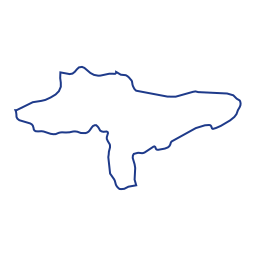 an SVG outline of Varaždinska
{"feature_id": "HRV-1610", "entity_name": "Varaždinska", "entity_type": "County", "adm_level": 1, "iso_a3": "HRV", "parent_name": "Croatia", "parent_adm1": "", "projection": "natural_earth1", "projection_center": [16.282, 46.204], "detail": "fine", "context": "isolated", "style": "outline", "palette": "blue", "viewbox_px": 256, "rotation_deg": 0, "n_neighbors": 0, "source": "natural_earth", "source_scale": "10m", "svg_char_len": 2005}
<svg xmlns="http://www.w3.org/2000/svg" viewBox="0 0 256 256"><path d="M68.1,73.8L69.5,74.1L72.5,73.6L74.8,71.8L76.8,69.4L78.9,67.4L82.0,66.9L84.4,67.9L90.4,73.0L94.0,74.9L98.3,75.7L100.4,75.6L109.4,73.7L115.1,73.8L116.3,72.8L116.2,72.0L116.6,72.2L120.8,74.7L125.8,75.2L127.5,76.2L128.9,77.4L131.6,80.6L132.0,81.5L132.1,82.2L132.3,83.3L132.5,84.7L133.0,86.2L134.3,88.8L135.3,89.9L136.0,90.6L136.7,90.8L167.5,96.6L175.6,96.7L193.1,91.8L195.5,91.4L198.2,92.1L227.1,93.5L233.3,95.3L236.7,98.7L239.1,100.1L239.7,100.5L240.1,101.2L240.4,102.3L240.6,103.6L240.4,105.3L239.7,107.1L237.9,110.2L236.5,114.1L234.3,117.0L230.1,120.4L220.8,125.9L216.0,128.0L212.9,128.9L212.0,128.4L211.2,126.2L210.4,125.3L209.1,125.0L204.9,125.3L195.8,128.1L171.7,141.4L170.9,142.4L170.2,144.7L169.3,146.2L167.9,147.4L164.8,148.6L158.2,149.8L157.0,149.7L156.3,149.3L155.8,148.6L155.3,147.1L154.9,146.7L154.3,146.4L153.4,146.7L144.6,152.5L143.3,153.0L142.1,153.2L138.5,152.8L137.6,152.9L133.8,153.9L132.9,155.5L132.7,157.9L134.6,164.3L135.2,168.0L134.6,179.6L136.2,185.3L128.4,186.7L124.3,188.8L121.4,189.1L119.7,189.0L119.0,188.6L117.5,187.2L116.6,186.0L115.9,184.7L114.8,180.7L114.1,179.3L110.1,173.6L108.3,157.1L108.7,154.5L108.9,151.7L110.0,147.4L110.0,145.7L109.8,144.5L109.6,144.1L107.9,141.3L106.8,138.9L106.8,137.1L108.0,133.1L107.6,132.0L106.6,131.5L103.5,131.8L101.6,131.4L100.1,130.5L98.8,128.1L97.8,126.7L96.2,125.2L94.8,125.2L93.0,126.0L91.8,127.4L89.7,130.4L88.5,131.7L87.0,132.6L85.5,133.1L80.9,133.0L77.3,131.7L75.0,131.4L73.1,131.5L69.5,132.3L65.6,132.5L62.0,132.3L60.2,132.5L58.6,132.9L55.7,134.1L53.4,134.2L50.6,133.8L43.6,131.5L41.5,131.2L38.0,131.4L35.6,131.2L34.5,130.5L33.8,129.5L33.5,127.8L32.8,125.6L31.7,124.3L30.1,123.4L19.3,120.2L17.4,118.7L16.5,116.9L16.4,114.4L16.0,111.6L15.4,110.2L15.8,110.2L16.5,110.2L25.3,105.9L32.8,102.2L41.2,100.9L44.2,100.2L45.4,99.9L50.6,97.5L55.6,94.5L58.3,91.8L58.9,91.2L60.8,86.8L60.8,82.7L60.2,78.1L60.4,72.4L68.1,73.8Z" fill="none" stroke="#1e3a8a" stroke-width="2"/></svg>